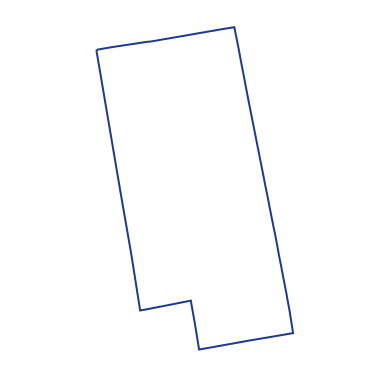 outline of Fulton, Arkansas, United States of America, rotated 79°
{"feature_id": "52423323B70135651340823", "entity_name": "Fulton", "entity_type": "district", "adm_level": 2, "iso_a3": "USA", "parent_name": "United States of America", "parent_adm1": "Arkansas", "projection": "equal_earth", "projection_center": [-91.82, 36.375], "detail": "fine", "context": "isolated", "style": "outline", "palette": "blue", "viewbox_px": 384, "rotation_deg": 79, "n_neighbors": 0, "source": "geoboundaries", "source_scale": "gbopen_adm2", "svg_char_len": 736}
<svg xmlns="http://www.w3.org/2000/svg" viewBox="0 0 384 384"><g transform="rotate(79 192 192)"><path d="M51.6,118.9L43.9,119.0L38.3,119.0L37.9,131.0L36.4,204.2L36.0,207.1L34.5,243.3L34.2,257.5L35.1,258.8L177.9,262.2L242.5,263.5L298.4,265.5L298.5,261.0L298.4,213.9L322.2,214.3L348.0,215.1L348.7,166.1L349.8,119.7L327.5,118.9L314.4,118.8L311.2,118.7L310.1,118.7L305.7,118.7L284.8,118.7L282.5,118.6L275.2,118.7L269.1,118.7L264.2,118.6L250.9,118.5L244.8,118.6L244.1,118.6L226.8,118.7L209.2,118.7L200.9,118.8L194.4,118.8L193.2,118.8L191.5,118.8L165.5,118.9L164.8,118.9L111.5,119.1L110.2,119.1L96.6,119.1L92.3,119.0L80.4,119.0L79.7,119.0L71.8,119.0L61.4,118.9L51.7,118.9L51.6,118.9Z" fill="none" stroke="#1e3a8a" stroke-width="2"/></g></svg>